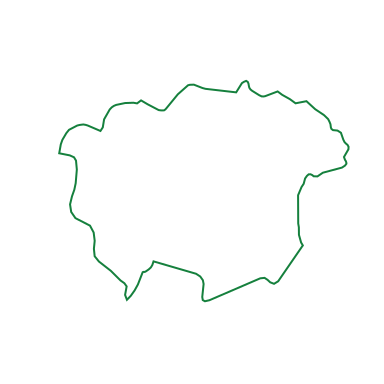 the border of Nord-Ouest, rotated 197°
{"feature_id": "CMR-1477", "entity_name": "Nord-Ouest", "entity_type": "Province", "adm_level": 1, "iso_a3": "CMR", "parent_name": "Cameroon", "parent_adm1": "", "projection": "albers", "projection_center": [10.325, 6.427], "detail": "fine", "context": "isolated", "style": "outline", "palette": "green", "viewbox_px": 384, "rotation_deg": 197, "n_neighbors": 0, "source": "natural_earth", "source_scale": "10m", "svg_char_len": 1797}
<svg xmlns="http://www.w3.org/2000/svg" viewBox="0 0 384 384"><g transform="rotate(197 192 192)"><path d="M70.4,173.3L83.5,131.8L86.7,128.2L90.8,128.5L94.1,130.1L97.5,131.1L101.5,129.4L143.7,93.6L147.7,91.3L150.1,91.8L151.5,94.6L154.0,107.4L155.8,110.8L159.4,113.6L164.2,115.0L208.5,114.4L208.6,110.5L209.3,107.8L210.7,105.4L212.9,102.6L213.9,101.7L214.9,101.5L215.7,100.9L216.7,87.7L218.1,81.1L220.2,74.8L222.7,69.9L225.9,74.0L226.9,82.6L230.0,85.0L234.5,86.5L246.6,92.9L260.7,98.3L266.3,102.1L269.2,109.0L270.8,116.9L274.2,124.5L279.7,130.0L295.8,132.9L301.7,137.6L305.0,144.5L305.5,152.8L305.2,159.7L305.8,166.4L308.7,179.8L312.1,188.1L315.0,190.7L319.6,191.3L330.3,190.2L331.4,199.2L331.2,204.0L329.4,211.5L327.8,215.5L321.2,222.0L319.0,223.3L315.7,224.8L313.3,225.1L311.2,225.1L297.4,223.6L296.2,227.7L297.3,235.8L294.8,246.9L293.5,249.5L291.9,251.5L290.0,253.1L282.0,257.5L274.2,260.2L270.4,260.7L267.5,264.7L260.0,262.9L247.8,260.6L245.4,261.0L242.6,261.9L241.6,263.2L240.8,265.0L234.1,281.3L227.0,292.9L225.4,293.9L221.6,295.2L212.4,294.5L209.3,294.6L178.9,300.2L176.1,310.7L174.6,312.5L172.7,314.1L170.9,313.6L169.7,312.2L168.8,310.4L167.7,308.5L166.1,307.2L164.2,306.4L156.0,304.2L153.3,303.8L151.5,304.3L150.1,305.0L139.5,313.2L134.2,311.3L125.5,309.4L118.9,307.1L109.1,312.3L98.4,307.2L88.2,304.1L83.1,301.5L81.0,299.3L79.4,297.3L78.0,294.2L77.1,293.1L75.3,292.4L70.8,293.3L66.9,292.2L62.6,286.3L60.7,284.3L58.9,283.3L57.0,282.5L55.5,281.0L54.9,278.6L56.9,269.9L55.1,267.5L53.9,266.5L53.7,266.2L53.4,265.8L53.1,265.4L52.6,264.2L53.4,262.0L55.7,259.2L72.5,248.7L76.6,243.6L80.3,242.6L81.8,243.3L83.8,243.6L85.6,243.0L86.8,241.0L87.8,238.0L87.6,232.5L88.7,228.8L89.6,219.9L81.2,192.9L79.5,189.5L77.2,182.3L72.9,175.6L70.4,173.3Z" fill="none" stroke="#15803d" stroke-width="2"/></g></svg>